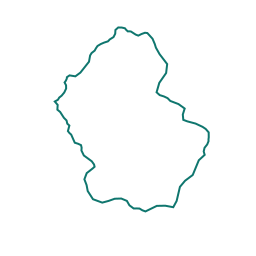 outline of Eskisehir, rotated 239°
{"feature_id": "TUR-2269", "entity_name": "Eskisehir", "entity_type": "Province", "adm_level": 1, "iso_a3": "TUR", "parent_name": "Turkey", "parent_adm1": "", "projection": "orthographic", "projection_center": [31.246, 39.627], "detail": "fine", "context": "isolated", "style": "outline", "palette": "teal", "viewbox_px": 256, "rotation_deg": 239, "n_neighbors": 0, "source": "natural_earth", "source_scale": "10m", "svg_char_len": 1444}
<svg xmlns="http://www.w3.org/2000/svg" viewBox="0 0 256 256"><g transform="rotate(239 128 128)"><path d="M94.7,61.0L100.4,63.1L106.5,64.2L110.6,69.4L111.5,76.8L112.0,79.4L114.2,80.1L118.1,79.8L127.2,76.0L132.7,76.5L135.0,78.1L137.5,78.9L140.2,77.1L142.8,74.8L151.6,75.9L153.9,75.2L156.3,74.9L160.3,79.0L163.0,78.2L166.1,79.2L169.8,78.3L176.7,78.1L180.1,76.9L184.0,79.6L188.4,78.9L188.3,82.5L189.5,84.7L189.9,87.8L191.3,91.7L193.7,95.3L196.5,96.9L199.7,97.1L200.4,98.8L201.8,100.9L203.0,101.8L203.2,105.0L199.4,109.5L200.0,115.7L204.9,128.7L209.7,132.9L211.0,135.4L211.5,139.3L212.8,141.5L214.0,144.1L214.0,147.9L213.5,151.6L212.6,155.4L213.0,157.0L213.3,157.7L213.4,162.4L215.4,165.6L218.5,167.7L219.2,171.4L217.3,174.4L215.1,176.7L213.0,177.0L210.9,177.6L210.2,178.9L209.2,180.2L204.1,182.7L201.9,184.4L201.6,188.0L200.9,191.6L199.4,193.5L191.9,195.0L186.2,194.2L182.5,193.3L175.0,193.1L162.6,194.5L155.5,189.0L150.6,178.1L143.9,170.9L139.9,172.1L136.5,175.1L133.2,177.3L129.4,178.2L122.5,183.6L115.5,186.6L111.3,181.9L106.5,179.6L103.1,182.3L97.0,188.2L90.6,192.5L87.2,194.1L82.7,194.9L78.4,192.4L76.9,191.2L75.2,190.2L73.1,187.4L71.6,183.4L68.9,180.8L65.5,179.9L63.9,172.1L54.4,159.3L53.4,149.7L50.8,142.2L40.4,132.1L36.8,126.0L42.2,119.9L46.4,112.6L47.5,100.0L50.1,97.9L53.0,96.4L54.6,94.0L56.1,91.4L61.0,89.4L66.1,89.5L71.0,85.9L74.2,80.2L75.5,73.8L77.3,67.5L85.0,61.3L94.7,61.0Z" fill="none" stroke="#0f766e" stroke-width="2"/></g></svg>